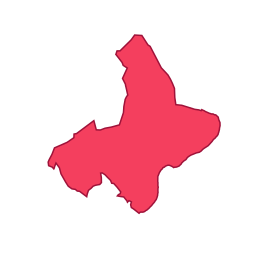 outline of Oju, Benue, Nigeria, rotated 338°
{"feature_id": "59680162B46226733150895", "entity_name": "Oju", "entity_type": "district", "adm_level": 2, "iso_a3": "NGA", "parent_name": "Nigeria", "parent_adm1": "Benue", "projection": "equal_earth", "projection_center": [8.388, 6.875], "detail": "fine", "context": "isolated", "style": "filled", "palette": "rose", "viewbox_px": 256, "rotation_deg": 338, "n_neighbors": 0, "source": "geoboundaries", "source_scale": "gbopen_adm2", "svg_char_len": 2411}
<svg xmlns="http://www.w3.org/2000/svg" viewBox="0 0 256 256"><g transform="rotate(338 128 128)"><path d="M64.0,176.2L65.5,173.9L68.0,171.0L71.4,170.0L73.8,168.9L76.3,168.9L78.9,169.4L80.6,169.8L82.9,168.7L84.7,164.0L85.7,159.6L87.3,160.0L89.3,162.9L90.4,165.8L92.2,170.0L92.2,171.9L92.2,173.1L94.0,174.1L95.7,178.7L96.9,183.0L97.3,184.5L96.2,186.0L94.1,186.2L92.7,187.0L95.7,188.9L98.2,190.3L99.7,195.1L99.7,196.6L101.7,195.7L103.5,197.8L101.7,200.1L101.3,203.0L102.6,204.8L102.9,205.3L106.3,211.2L107.8,210.6L109.2,211.1L110.3,211.6L112.1,211.7L113.6,211.2L114.6,211.2L116.1,210.7L117.5,210.2L119.3,209.3L120.8,208.8L122.2,207.9L123.3,207.4L125.1,206.4L126.2,205.5L127.3,205.0L129.1,203.0L130.2,201.6L130.9,200.1L131.6,199.2L132.3,197.2L133.1,195.3L133.8,194.3L134.2,192.4L135.3,189.9L135.6,188.5L135.9,187.9L136.7,186.0L137.5,184.1L138.9,182.7L140.3,181.2L142.2,179.8L142.9,179.3L144.3,178.8L145.8,177.8L147.2,177.9L148.3,177.4L149.7,177.4L150.8,177.4L152.2,177.9L153.3,178.9L154.7,180.4L155.5,181.8L156.5,181.8L158.0,182.3L158.7,182.4L159.8,182.4L161.2,182.4L162.3,181.9L163.7,181.4L164.8,180.5L167.3,179.5L169.9,179.0L172.0,177.6L173.8,177.1L176.0,176.7L178.5,176.7L180.7,176.7L182.1,176.7L185.0,177.2L187.1,176.8L189.3,175.8L191.1,175.3L193.3,174.9L195.8,174.4L198.7,173.0L200.8,172.0L203.0,170.6L204.8,170.1L206.6,169.1L207.7,168.7L209.1,167.7L209.8,166.7L210.6,165.8L211.7,164.3L212.4,163.3L212.8,162.4L214.2,160.4L215.3,157.5L215.3,155.6L215.3,154.1L215.7,151.7L215.0,150.2L214.3,148.7L213.2,148.2L212.1,146.8L210.7,146.3L209.6,145.3L208.9,144.8L207.5,143.3L206.0,141.8L205.0,140.4L203.9,139.4L203.3,138.6L202.3,139.3L200.4,137.7L196.9,135.7L186.4,127.1L181.1,124.3L182.8,117.3L185.9,108.7L185.9,103.3L185.6,98.6L184.9,93.8L181.4,84.7L179.1,60.6L177.6,58.4L175.5,47.4L169.0,44.3L163.9,47.5L149.5,53.5L146.7,52.4L144.6,54.9L144.3,55.2L144.4,55.5L147.1,65.1L147.0,68.2L149.8,72.1L141.5,80.0L142.0,86.3L141.6,88.1L141.4,89.7L140.1,97.4L138.5,98.3L136.1,100.4L135.5,101.4L132.3,106.4L129.5,112.1L121.2,121.9L119.7,121.7L112.9,120.9L106.6,119.6L101.6,119.5L97.9,117.8L99.1,108.4L78.2,113.9L75.7,113.4L74.2,116.7L66.2,118.5L52.4,118.9L47.7,123.9L43.1,127.8L41.2,129.7L40.3,133.2L43.1,135.9L43.9,138.1L44.6,137.5L45.5,136.3L48.1,133.5L49.5,139.2L48.7,145.4L49.9,154.6L50.8,159.6L53.2,163.4L56.2,165.2L57.3,167.4L59.4,168.6L61.7,172.4L64.0,176.2Z" fill="#f43f5e" stroke="#9f1239" stroke-width="1.5"/></g></svg>